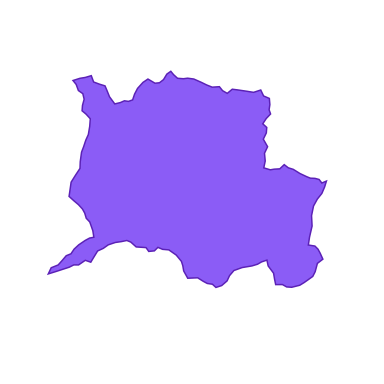 Votorantim, São Paulo, Brazil, rotated 15°
{"feature_id": "56859067B56260207434009", "entity_name": "Votorantim", "entity_type": "district", "adm_level": 2, "iso_a3": "BRA", "parent_name": "Brazil", "parent_adm1": "São Paulo", "projection": "equal_earth", "projection_center": [-47.411, -23.585], "detail": "fine", "context": "isolated", "style": "filled", "palette": "violet", "viewbox_px": 384, "rotation_deg": 15, "n_neighbors": 0, "source": "geoboundaries", "source_scale": "gbopen_adm2", "svg_char_len": 2147}
<svg xmlns="http://www.w3.org/2000/svg" viewBox="0 0 384 384"><g transform="rotate(15 192 192)"><path d="M319.0,146.7L315.1,149.7L311.5,147.0L307.3,147.0L302.7,148.0L298.7,147.5L291.5,146.2L283.9,143.9L278.7,143.7L274.0,141.7L270.8,146.9L265.4,148.7L261.9,150.3L255.1,150.1L254.7,143.1L252.0,135.8L253.3,128.7L247.2,122.5L248.5,115.7L247.5,110.3L242.7,107.8L244.7,101.8L247.7,96.3L245.2,92.6L244.6,87.4L242.5,81.6L236.3,80.7L232.0,75.7L225.7,79.8L218.9,80.5L209.4,81.6L204.3,82.3L200.5,87.6L195.3,86.2L191.2,83.2L184.4,85.5L178.4,84.8L172.8,83.7L164.5,82.4L158.3,83.2L154.4,84.8L148.6,85.9L143.8,83.4L140.3,80.9L137.2,84.6L135.4,90.8L132.3,94.9L128.1,96.5L120.2,94.3L116.3,98.8L112.6,106.0L111.2,112.3L110.8,118.4L107.2,120.9L103.1,121.4L99.6,124.2L94.6,126.9L87.7,121.4L83.4,115.7L80.5,112.0L74.9,111.8L68.5,111.2L64.6,105.7L59.2,109.0L54.3,111.2L48.2,115.1L52.3,118.1L56.0,123.4L61.1,125.3L63.8,130.3L63.8,136.7L64.8,142.0L69.5,144.2L74.8,147.6L76.2,155.0L77.0,163.3L76.0,169.4L75.6,176.3L75.0,182.1L76.2,191.6L77.7,198.2L75.2,205.7L72.7,213.8L73.7,222.1L74.4,228.1L80.7,231.3L85.6,233.6L90.6,236.8L93.8,240.1L96.7,244.8L101.0,247.4L106.2,255.0L108.9,261.1L105.0,263.0L101.4,266.4L96.3,272.3L92.9,277.7L91.1,283.0L87.0,286.1L84.3,291.8L81.6,297.1L75.6,301.6L74.4,308.3L81.2,304.0L87.8,299.7L92.9,296.4L96.7,293.0L101.3,291.8L106.6,285.6L112.4,286.0L113.9,280.8L116.1,273.4L120.9,269.4L124.8,264.7L131.0,260.6L136.6,258.2L141.6,255.7L145.8,256.2L152.3,259.5L157.9,258.4L162.0,257.6L165.6,260.6L170.9,258.6L173.4,254.3L178.4,255.0L184.6,253.9L193.1,257.0L199.7,261.7L202.2,265.6L204.4,270.4L210.2,276.4L219.7,273.4L225.8,275.3L230.4,276.4L235.6,275.8L239.8,278.0L244.9,274.7L248.9,268.8L249.9,263.1L252.8,257.0L260.0,252.0L269.0,247.9L274.0,244.8L277.3,241.5L282.0,238.4L284.7,243.7L291.8,249.3L294.3,254.8L296.8,259.8L303.3,258.0L308.0,259.2L313.0,258.2L320.2,254.2L323.8,250.4L327.3,246.2L330.5,242.3L331.6,237.1L331.6,228.5L335.8,223.0L331.7,218.0L328.5,214.6L324.7,212.4L318.1,213.1L317.2,205.1L316.8,193.8L313.6,183.9L313.0,174.1L314.9,166.4L317.8,159.8L318.8,152.8L319.0,146.7Z" fill="#8b5cf6" stroke="#5b21b6" stroke-width="1.5"/></g></svg>